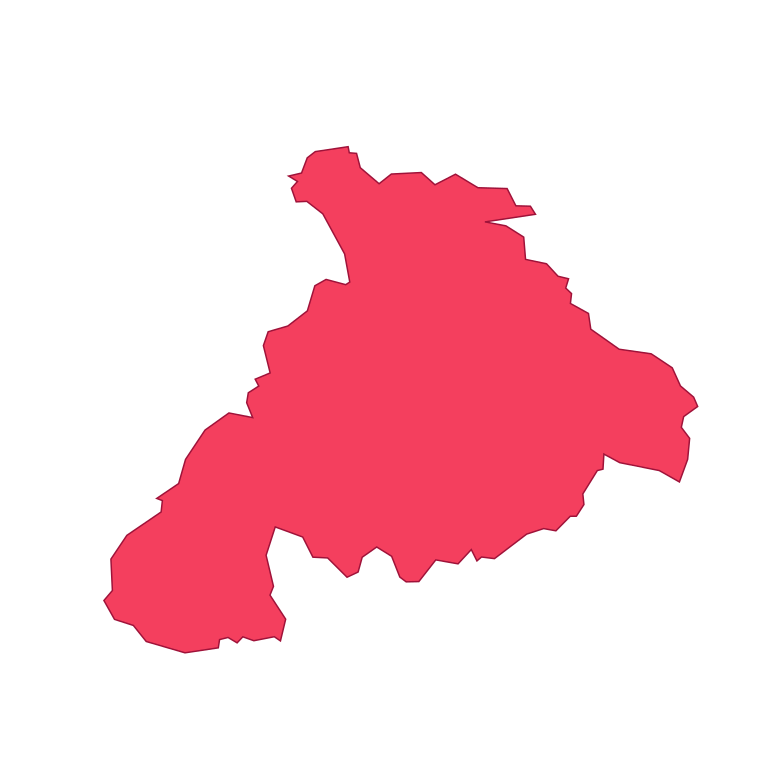 Probishtip, Probištip, North Macedonia, rotated 172°
{"feature_id": "65306769B77105819408507", "entity_name": "Probishtip", "entity_type": "district", "adm_level": 2, "iso_a3": "MKD", "parent_name": "North Macedonia", "parent_adm1": "Probištip", "projection": "robinson", "projection_center": [22.188, 41.964], "detail": "fine", "context": "isolated", "style": "filled", "palette": "rose", "viewbox_px": 768, "rotation_deg": 172, "n_neighbors": 0, "source": "geoboundaries", "source_scale": "gbopen_adm2", "svg_char_len": 1591}
<svg xmlns="http://www.w3.org/2000/svg" viewBox="0 0 768 768"><g transform="rotate(172 384 384)"><path d="M234.9,560.4L263.7,565.3L284.0,581.8L305.8,574.2L317.6,588.2L347.5,590.9L361.0,583.0L377.4,601.5L379.1,616.2L386.2,617.8L386.5,624.0L419.7,623.7L428.5,618.7L436.3,604.4L449.5,603.2L441.5,596.6L448.4,590.7L445.6,576.6L435.0,575.6L420.9,561.0L404.9,518.3L403.7,489.7L408.1,487.7L426.8,495.6L438.8,490.9L449.7,467.1L471.2,454.8L491.4,451.9L498.1,438.8L495.2,410.8L510.9,406.7L508.3,399.4L519.6,394.2L522.6,384.6L518.7,369.0L541.6,376.9L567.6,363.3L591.0,337.0L601.2,314.0L625.0,302.3L619.7,299.4L622.5,288.3L659.7,269.9L678.8,248.6L681.7,217.3L691.5,208.6L683.6,188.4L665.8,179.8L655.3,162.1L618.5,145.5L584.8,145.8L582.4,153.8L573.7,154.7L565.5,148.1L559.0,153.3L548.6,147.9L527.8,149.0L522.3,144.0L514.1,164.8L526.3,190.8L521.6,199.0L524.6,230.8L511.6,257.6L485.8,243.8L478.5,222.4L464.0,219.6L447.5,197.8L435.8,201.4L429.7,215.5L413.9,223.6L400.4,212.3L395.2,190.6L389.6,185.0L377.0,183.5L357.2,202.6L335.7,195.6L320.6,207.9L316.6,195.9L311.5,199.1L298.9,195.7L263.6,215.5L246.0,218.6L234.2,214.7L218.0,227.1L211.9,226.3L202.8,236.8L202.4,247.5L184.8,268.6L179.0,269.2L176.0,284.0L161.5,273.3L123.5,260.0L105.1,245.9L93.8,267.1L88.9,287.6L95.6,299.7L91.8,310.0L76.5,318.1L79.2,327.9L90.7,340.8L96.3,359.9L115.2,376.7L146.3,385.7L171.6,409.5L171.7,425.4L188.2,437.8L185.7,447.4L190.7,453.7L186.6,462.5L196.7,466.5L206.3,480.4L226.5,487.7L225.2,510.0L241.2,523.6L261.5,530.5L210.4,531.0L214.3,539.7L228.6,542.1L234.9,560.4Z" fill="#f43f5e" stroke="#9f1239" stroke-width="1.5"/></g></svg>